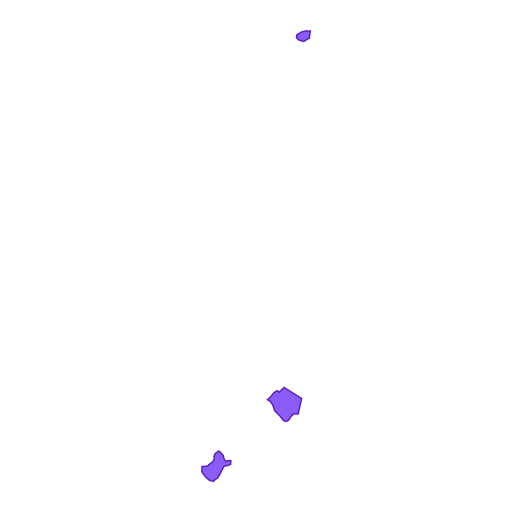 Abu Simbel, Aswan, Egypt (Robinson projection)
{"feature_id": "37247803B4771380676281", "entity_name": "Abu Simbel", "entity_type": "district", "adm_level": 2, "iso_a3": "EGY", "parent_name": "Egypt", "parent_adm1": "Aswan", "projection": "robinson", "projection_center": [32.495, 23.045], "detail": "fine", "context": "isolated", "style": "filled", "palette": "violet", "viewbox_px": 512, "rotation_deg": 0, "n_neighbors": 0, "source": "geoboundaries", "source_scale": "gbopen_adm2", "svg_char_len": 926}
<svg xmlns="http://www.w3.org/2000/svg" viewBox="0 0 512 512"><path d="M286.0,388.7L284.1,387.5L279.2,392.2L277.1,390.6L273.8,392.8L273.0,393.9L272.2,394.9L271.0,396.5L267.4,399.7L270.8,401.8L273.0,405.7L274.8,410.9L279.7,415.7L283.5,420.5L285.6,421.4L288.0,420.6L289.8,418.6L290.8,416.7L293.9,413.8L298.1,414.0L299.4,408.3L301.6,398.5L286.0,388.7ZM224.1,459.0L223.2,455.5L220.2,452.0L218.7,451.0L217.0,452.3L215.2,453.6L214.0,456.5L214.3,458.4L212.9,461.9L210.8,463.2L208.7,464.8L208.2,465.7L205.5,466.4L202.0,466.4L202.0,469.9L201.7,471.5L203.2,473.7L205.2,476.5L209.4,480.3L210.9,480.7L213.5,481.3L215.0,479.7L217.4,478.1L218.8,476.2L222.9,468.2L224.4,466.0L227.7,465.6L230.6,464.3L230.9,460.8L227.9,460.5L225.9,461.5L224.1,459.0ZM306.2,30.7L304.4,31.5L302.1,31.7L296.8,34.8L296.5,37.8L298.7,39.9L303.7,41.5L307.3,39.2L309.3,38.2L310.3,31.0L307.9,31.3L306.2,30.7Z" fill="#8b5cf6" stroke="#5b21b6" stroke-width="1.5"/></svg>